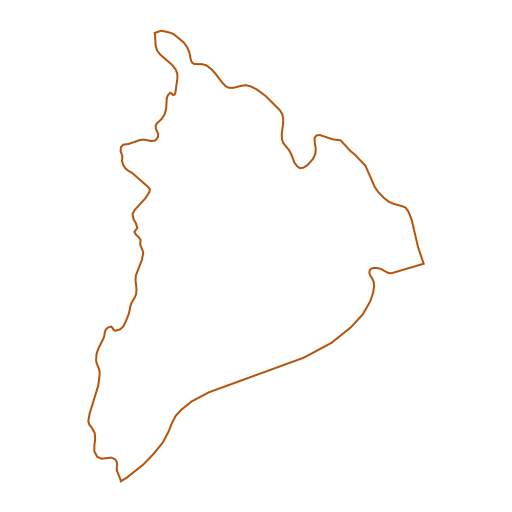 an SVG outline of Kon Tum
{"feature_id": "VNM-486", "entity_name": "Kon Tum", "entity_type": "Province", "adm_level": 1, "iso_a3": "VNM", "parent_name": "Vietnam", "parent_adm1": "", "projection": "natural_earth1", "projection_center": [107.772, 14.666], "detail": "fine", "context": "isolated", "style": "outline", "palette": "amber", "viewbox_px": 512, "rotation_deg": 0, "n_neighbors": 0, "source": "natural_earth", "source_scale": "10m", "svg_char_len": 2387}
<svg xmlns="http://www.w3.org/2000/svg" viewBox="0 0 512 512"><path d="M115.2,330.8L120.2,329.3L123.4,326.3L125.7,321.7L128.8,313.7L129.8,309.6L130.1,307.5L131.2,303.4L134.9,297.2L136.2,293.8L136.5,289.0L135.5,280.0L135.9,275.3L141.9,260.0L143.3,252.4L140.2,244.3L140.6,240.0L138.7,237.2L136.0,234.7L134.4,231.8L137.3,228.0L136.0,223.5L133.4,218.8L132.5,214.1L134.6,210.1L145.4,198.2L149.2,192.4L149.9,189.2L147.7,186.6L132.2,173.0L128.1,170.6L125.1,168.0L123.0,164.6L122.0,160.6L122.4,156.1L120.6,151.3L120.9,147.2L123.3,144.6L128.1,144.1L135.5,141.6L139.8,140.1L144.0,139.6L151.1,141.0L155.1,140.6L157.9,137.3L158.2,134.0L155.8,128.6L155.7,125.6L156.9,123.3L160.5,120.1L162.1,118.4L164.8,113.9L166.2,108.1L166.8,98.2L167.8,95.4L170.2,92.8L171.7,93.6L173.0,95.0L174.7,94.5L175.4,92.6L177.4,78.2L177.3,73.6L175.6,69.4L171.9,64.7L160.4,54.8L157.3,50.9L155.6,45.5L155.0,33.9L154.7,32.9L161.4,30.7L169.1,32.4L173.6,34.1L183.8,42.5L187.0,47.0L189.1,51.5L190.1,55.7L190.8,59.8L192.1,62.6L194.2,64.0L202.2,64.2L206.3,65.3L211.7,69.5L215.4,73.6L222.1,82.5L225.4,85.9L228.4,87.7L233.1,87.9L241.4,85.8L245.7,85.2L250.7,86.4L256.9,89.5L265.6,96.0L280.1,110.5L282.1,114.0L283.2,118.2L283.1,123.1L281.8,133.7L281.9,139.1L283.4,143.2L289.0,150.1L291.2,154.1L294.4,162.6L297.0,166.1L299.8,168.1L303.4,167.7L307.4,165.2L313.1,158.8L315.3,153.9L315.8,149.4L314.7,142.0L314.6,137.9L316.4,135.5L319.8,135.0L332.5,139.3L340.6,140.3L350.5,151.1L354.7,154.5L365.4,165.7L374.8,187.0L378.2,192.0L384.1,198.1L388.8,201.7L393.6,203.8L402.1,206.2L405.7,207.7L408.7,212.1L411.8,220.2L418.0,247.0L423.7,263.7L391.6,273.2L388.8,273.1L386.7,272.2L381.0,269.0L377.7,268.1L374.1,267.9L371.6,268.5L369.8,269.9L369.4,272.6L370.0,275.0L372.9,279.9L373.8,282.5L374.1,286.3L373.2,292.6L370.2,301.4L362.9,314.2L351.0,327.2L331.4,342.9L303.7,357.7L209.1,392.2L191.7,401.4L181.6,409.5L175.7,415.8L171.8,423.4L168.4,431.9L162.9,442.4L153.3,454.2L143.1,464.7L126.3,478.0L120.8,481.3L120.6,479.8L117.0,470.9L116.7,468.1L117.1,465.2L116.9,462.3L115.3,459.4L111.3,457.6L101.6,458.7L97.2,456.8L94.3,451.3L94.4,445.2L95.2,438.9L94.7,433.0L91.8,427.7L89.4,424.9L88.3,421.3L89.5,414.0L98.3,385.4L99.6,374.7L99.6,371.8L98.9,368.8L96.6,363.0L96.1,360.2L96.5,354.1L98.4,348.5L103.7,337.9L104.4,335.1L104.8,332.4L105.6,329.9L107.7,327.7L111.0,326.5L112.5,327.8L113.5,329.8L115.2,330.8Z" fill="none" stroke="#b45309" stroke-width="2"/></svg>